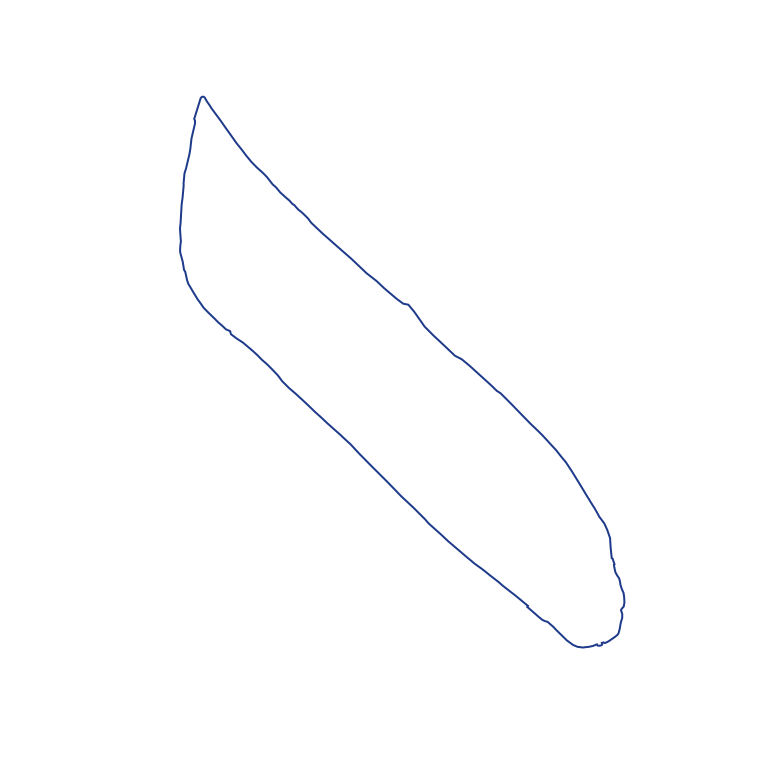 Zamalik, Al Jizah, Egypt, rotated 325°
{"feature_id": "37247803B72756565577460", "entity_name": "Zamalik", "entity_type": "district", "adm_level": 2, "iso_a3": "EGY", "parent_name": "Egypt", "parent_adm1": "Al Jizah", "projection": "robinson", "projection_center": [31.224, 30.056], "detail": "fine", "context": "isolated", "style": "outline", "palette": "blue", "viewbox_px": 768, "rotation_deg": 325, "n_neighbors": 0, "source": "geoboundaries", "source_scale": "gbopen_adm2", "svg_char_len": 3293}
<svg xmlns="http://www.w3.org/2000/svg" viewBox="0 0 768 768"><g transform="rotate(325 384 384)"><path d="M410.7,722.2L412.5,722.8L413.6,722.3L413.6,721.9L413.9,721.0L415.5,721.5L416.2,722.6L416.3,722.8L416.9,723.1L420.5,723.6L429.1,723.6L431.8,723.3L433.1,722.7L436.1,720.3L441.0,715.4L445.0,712.2L446.2,710.5L447.4,708.8L448.3,705.3L449.7,704.5L451.0,704.2L452.7,703.8L455.6,700.9L458.5,696.3L460.4,692.5L460.8,690.4L461.2,688.3L462.6,683.9L463.9,681.4L464.0,681.2L465.1,678.2L465.2,674.2L465.4,672.5L465.6,670.9L466.9,667.7L468.5,664.2L468.7,663.9L469.4,663.9L471.1,658.1L470.9,657.8L470.6,657.4L472.2,654.5L475.3,648.9L475.4,648.7L480.8,639.9L483.2,631.5L484.5,624.5L484.2,615.9L484.5,614.0L484.7,612.0L485.2,607.1L485.4,602.4L485.5,600.5L485.6,598.6L486.2,589.0L486.9,578.8L487.8,563.3L488.1,552.6L487.5,545.1L487.0,536.6L485.9,528.8L485.0,521.6L484.7,519.4L484.4,517.2L483.4,511.5L481.2,500.5L478.8,485.8L476.8,473.3L474.2,458.6L473.4,456.5L472.5,454.5L471.0,446.5L469.1,438.1L466.8,428.0L464.6,418.3L461.9,408.4L458.3,401.5L455.1,385.7L452.4,373.0L450.2,360.4L450.2,342.2L450.2,341.9L449.8,337.7L449.7,336.4L449.6,334.6L449.4,333.0L445.8,329.2L443.1,321.1L439.2,306.2L436.9,295.1L433.3,283.5L429.1,262.8L424.3,243.3L420.0,225.5L417.1,211.4L416.8,209.4L416.8,208.1L416.8,207.3L416.8,206.9L416.7,204.8L416.5,203.6L416.3,202.3L415.2,196.7L414.6,194.5L413.9,192.3L413.6,190.2L413.4,188.5L413.3,188.0L413.3,187.2L413.2,186.2L412.7,185.1L412.5,184.6L412.2,183.4L412.0,182.0L411.9,181.0L411.8,179.9L410.4,174.3L408.9,167.7L408.4,161.4L407.9,159.1L407.3,156.9L406.8,147.3L406.0,142.3L404.1,134.0L402.8,126.4L402.1,117.8L401.9,110.6L401.4,103.3L401.3,101.7L401.3,100.1L401.3,93.2L401.2,83.6L401.2,74.3L400.9,62.4L400.8,59.9L400.9,57.3L401.0,56.6L401.0,55.4L401.0,51.2L401.0,50.6L401.1,50.1L401.3,48.0L401.4,46.4L401.1,45.5L400.8,45.0L400.0,44.5L398.8,44.4L397.9,44.7L397.4,45.0L380.6,58.0L380.2,59.9L379.9,60.3L378.6,62.2L367.0,72.6L360.5,80.0L356.5,84.1L351.3,88.7L345.6,93.8L341.4,97.0L334.8,104.8L334.3,105.6L333.9,106.3L325.9,115.8L321.2,120.9L316.3,127.1L309.5,135.7L306.0,139.7L303.2,144.3L299.3,150.9L297.8,152.4L296.4,154.0L293.7,157.4L293.0,158.6L292.3,159.9L290.8,164.1L289.1,168.8L285.7,175.7L285.6,176.8L285.6,177.9L283.7,182.6L283.1,183.9L282.2,186.1L281.2,189.5L280.7,195.9L280.3,201.5L279.9,208.0L280.0,210.4L280.0,212.9L280.0,218.3L281.2,225.5L282.6,232.7L283.6,238.6L284.2,240.8L284.8,243.1L285.9,248.6L288.3,252.5L287.8,253.6L287.2,255.4L289.2,261.7L292.2,269.2L293.7,274.8L295.3,281.0L296.9,288.0L297.8,293.8L299.6,301.1L300.9,308.8L302.0,315.9L302.2,323.3L303.9,332.9L306.0,341.0L307.9,349.6L309.7,358.1L311.4,367.0L313.7,376.9L315.0,383.4L317.0,391.9L318.8,399.3L320.6,407.9L322.0,414.1L323.6,425.9L327.1,446.7L327.4,448.2L330.7,466.8L333.8,486.3L337.2,502.3L340.0,518.2L340.6,523.9L344.3,539.6L346.5,550.1L349.1,560.1L352.3,572.4L355.2,583.2L358.6,593.0L361.2,602.0L364.2,611.7L365.7,617.8L370.4,633.0L374.3,647.2L374.7,648.4L374.3,648.6L373.5,648.8L377.1,663.3L378.5,668.3L379.1,669.3L380.0,670.7L380.1,670.9L381.6,672.7L383.5,680.5L383.7,682.1L383.9,683.7L386.7,698.8L389.2,706.2L391.7,710.2L395.3,713.5L395.5,713.7L395.7,713.9L401.3,716.9L403.2,717.7L405.1,718.5L409.1,719.4L409.0,720.5L409.0,720.9L410.7,722.2Z" fill="none" stroke="#1e3a8a" stroke-width="2"/></g></svg>